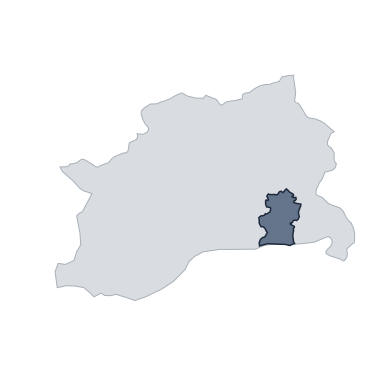 Vratsa on a map of Bulgaria (Mercator projection), rotated 168°
{"feature_id": "BGR-2251", "entity_name": "Vratsa", "entity_type": "Province", "adm_level": 1, "iso_a3": "BGR", "parent_name": "Bulgaria", "parent_adm1": "", "projection": "mercator", "projection_center": [23.765, 43.427], "detail": "fine", "context": "in_parent", "style": "filled", "palette": "slate", "viewbox_px": 384, "rotation_deg": 168, "n_neighbors": 0, "source": "natural_earth", "source_scale": "10m", "svg_char_len": 3539}
<svg xmlns="http://www.w3.org/2000/svg" viewBox="0 0 384 384"><g transform="rotate(168 192 192)"><path d="M315.9,243.9L309.3,242.8L307.1,243.1L305.6,244.8L302.5,244.4L298.8,244.5L294.8,246.3L292.6,247.1L289.7,245.4L284.3,240.3L281.0,236.7L278.5,235.8L276.0,236.9L267.2,238.1L265.1,240.2L261.0,242.5L256.9,243.5L251.0,244.3L247.9,244.2L246.2,245.3L244.7,248.7L243.7,251.9L242.9,253.3L235.5,254.9L233.9,256.8L233.5,258.6L233.6,260.4L227.8,258.6L223.2,259.8L222.2,261.2L221.2,263.2L221.8,265.4L223.4,267.5L225.0,273.1L225.6,278.7L224.6,281.9L221.2,284.2L214.3,286.7L207.6,285.5L204.6,286.5L199.6,286.8L195.0,287.5L188.0,289.8L181.6,291.1L175.9,286.4L169.1,283.2L162.0,281.4L159.5,282.7L158.4,283.8L152.5,279.7L149.8,278.2L148.5,276.6L146.0,271.1L144.5,270.9L139.6,273.0L134.9,272.9L132.0,272.5L123.5,272.7L122.4,276.5L121.4,277.1L119.5,277.6L115.0,277.4L109.3,280.1L103.1,281.8L98.3,281.9L93.3,281.1L90.3,281.7L83.9,282.0L79.8,286.0L73.5,285.8L68.1,285.1L68.8,283.8L69.9,267.6L72.5,260.4L72.4,258.9L71.8,257.8L69.5,256.6L67.8,252.7L64.3,242.3L62.3,240.2L56.8,238.1L51.9,235.1L47.8,231.1L40.3,221.3L44.1,220.4L45.3,218.4L49.1,213.0L49.5,210.3L49.1,208.8L46.6,206.2L44.8,200.6L46.1,195.3L46.2,192.5L45.0,189.8L46.3,186.5L49.0,184.6L50.7,184.1L57.9,183.7L62.5,176.9L65.3,174.8L68.1,170.9L69.4,169.5L70.7,166.5L71.1,163.5L65.4,159.2L63.4,156.0L60.9,152.4L57.5,149.9L50.6,145.7L47.9,141.4L46.7,135.8L44.8,131.5L42.8,128.8L42.4,126.5L41.6,123.7L41.4,118.3L43.0,111.1L44.1,108.5L46.4,107.8L52.6,103.9L52.9,98.9L54.1,95.9L56.1,94.1L57.9,92.9L61.3,95.8L69.6,100.4L73.6,103.7L73.4,105.8L71.5,107.8L67.9,109.9L65.8,112.5L65.2,115.8L65.8,118.1L68.3,120.2L83.1,117.5L98.2,118.9L118.4,123.4L131.8,124.9L141.7,122.9L160.1,126.6L177.2,130.1L193.6,131.2L202.8,128.4L209.2,124.7L214.8,117.7L228.5,108.5L241.8,103.3L259.2,99.1L270.8,97.7L272.5,99.1L287.3,107.6L293.9,107.6L299.2,109.1L301.2,111.4L302.5,111.9L309.6,109.8L312.7,114.5L317.7,121.0L326.0,124.3L333.5,126.2L335.8,126.5L343.7,126.4L342.5,142.5L337.8,150.0L330.8,147.5L321.7,149.6L316.9,158.1L314.2,160.7L311.8,163.6L310.2,174.6L309.8,192.6L306.4,194.8L303.3,195.5L290.2,211.2L297.7,215.6L301.0,219.0L306.5,228.3L314.4,238.8L315.9,243.9Z" fill="#d9dde1" stroke="#a8b0b8" stroke-width="1"/><path d="M102.4,120.2L103.1,120.3L107.2,119.4L108.3,119.6L111.1,121.2L128.1,125.5L128.6,125.7L137.2,125.2L136.8,128.5L134.8,131.5L132.1,132.9L130.5,132.7L129.2,133.9L127.9,135.5L126.7,136.7L127.6,138.7L128.2,141.1L129.5,143.2L131.7,143.7L132.6,146.8L132.7,148.0L132.3,149.3L131.9,153.1L129.6,154.3L127.9,154.1L126.3,154.2L125.3,154.8L124.8,155.5L124.1,155.1L123.4,155.0L119.8,156.4L118.9,158.3L118.4,159.7L118.8,160.6L122.1,161.9L122.5,164.5L122.1,167.1L121.6,168.6L120.4,168.6L119.5,167.9L118.8,168.4L119.1,170.3L119.7,172.0L118.8,173.4L117.7,174.2L116.9,173.6L116.1,173.2L111.3,172.3L109.4,171.5L108.1,172.4L107.0,173.7L105.8,174.2L104.5,174.1L103.8,173.2L103.0,172.5L101.0,174.2L99.1,175.4L98.1,174.3L97.3,172.8L96.2,171.3L94.9,170.1L94.1,169.5L93.4,168.8L93.3,167.5L94.0,166.9L95.0,166.9L94.7,166.0L93.2,165.2L91.6,165.2L91.5,163.4L92.8,162.2L94.1,162.1L94.7,160.6L91.7,158.9L88.1,157.6L88.5,155.8L89.7,154.3L90.7,152.4L91.9,150.8L92.3,148.2L92.2,145.6L93.7,143.4L95.6,142.3L96.8,143.0L97.8,143.1L98.8,143.0L99.8,141.7L101.0,140.8L101.8,141.3L102.5,140.7L102.4,139.9L101.8,139.6L101.3,139.1L100.9,138.4L100.3,138.2L99.8,137.8L99.0,137.0L99.3,136.0L100.1,135.4L100.7,134.5L100.6,133.7L100.7,132.9L101.7,130.7L102.5,128.3L103.0,122.4L102.4,120.2Z" fill="#64748b" stroke="#1e293b" stroke-width="1.5"/></g></svg>